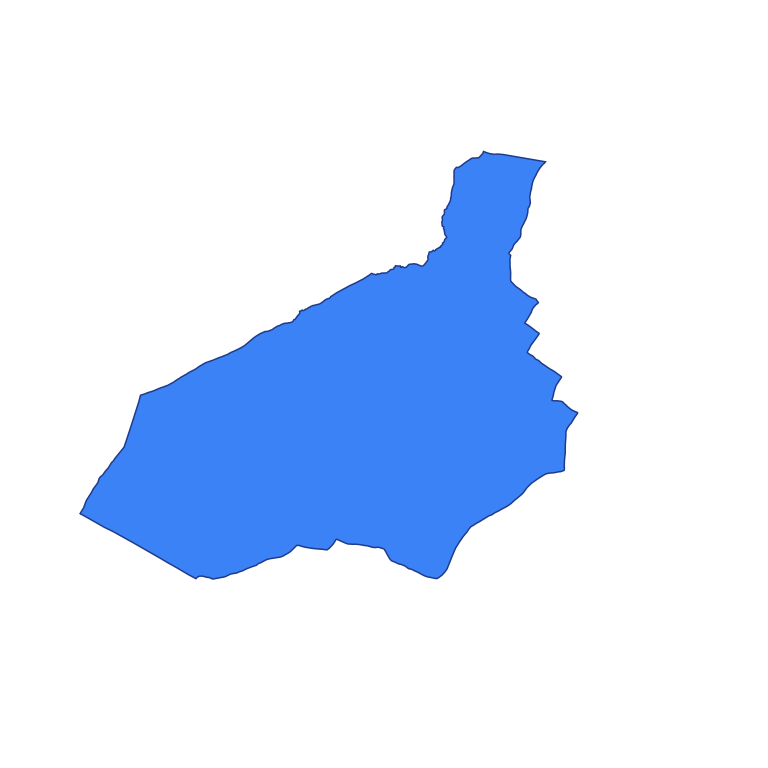 Siha, Kilimanjaro, United Republic of Tanzania (Mercator projection), rotated 213°
{"feature_id": "72390352B52159147893976", "entity_name": "Siha", "entity_type": "district", "adm_level": 2, "iso_a3": "TZA", "parent_name": "United Republic of Tanzania", "parent_adm1": "Kilimanjaro", "projection": "mercator", "projection_center": [37.068, -3.108], "detail": "fine", "context": "isolated", "style": "filled", "palette": "blue", "viewbox_px": 768, "rotation_deg": 213, "n_neighbors": 0, "source": "geoboundaries", "source_scale": "gbopen_adm2", "svg_char_len": 6171}
<svg xmlns="http://www.w3.org/2000/svg" viewBox="0 0 768 768"><g transform="rotate(213 384 384)"><path d="M228.5,321.5L224.6,329.9L224.0,330.9L222.3,333.1L220.9,336.5L218.7,340.0L217.3,343.0L216.9,343.5L214.1,348.6L213.0,351.2L212.4,352.8L211.2,357.5L208.7,365.4L208.0,368.2L207.6,375.1L206.2,381.4L203.7,387.5L201.0,393.5L199.4,396.6L197.4,398.8L192.8,402.4L189.7,405.5L188.1,406.7L185.9,409.6L186.2,410.5L186.7,411.4L188.5,414.0L191.1,418.3L194.6,425.2L198.8,431.7L203.6,440.3L205.4,443.0L205.9,445.0L206.2,447.3L206.1,451.1L205.7,452.7L205.9,460.3L205.7,464.1L205.9,465.3L206.5,465.4L211.1,464.6L213.4,464.5L217.4,464.9L220.0,465.5L222.3,465.7L223.6,466.2L225.1,466.2L226.2,465.9L229.5,464.3L232.4,462.4L234.0,461.8L234.3,461.9L234.6,462.6L235.6,466.0L237.1,469.9L238.8,476.1L238.9,477.8L238.8,486.0L239.0,486.6L239.2,486.8L248.4,487.3L253.1,487.0L263.3,487.2L267.0,487.9L270.2,487.5L274.4,488.5L278.0,488.2L280.7,488.4L281.1,488.8L281.4,489.9L281.4,493.0L281.8,495.1L281.9,496.4L281.3,506.6L281.2,510.4L281.4,510.8L281.6,511.0L285.2,511.1L292.8,511.7L295.8,511.8L298.6,511.7L299.1,511.8L299.2,518.2L299.5,524.5L300.2,526.9L300.3,528.7L299.9,532.7L298.9,535.5L298.9,536.3L299.1,536.5L301.2,537.1L301.5,537.4L302.5,537.9L304.4,537.6L307.8,536.7L311.5,536.5L315.3,536.9L317.2,536.8L318.3,537.1L320.7,537.4L326.8,537.6L332.5,539.0L333.8,539.4L334.4,540.0L338.5,546.5L340.6,549.2L342.8,551.9L344.3,554.4L345.8,556.3L346.7,558.1L347.8,560.9L349.9,561.2L350.1,561.4L350.5,561.9L350.6,562.7L350.1,567.1L350.9,570.9L350.7,573.7L350.1,576.5L349.7,581.4L350.5,583.6L353.0,587.6L353.3,588.3L353.8,590.3L354.8,599.8L355.2,601.5L356.6,605.6L357.6,607.5L358.7,609.3L358.9,610.4L358.8,612.0L359.7,615.1L360.7,616.7L362.8,619.1L363.9,620.8L365.5,624.5L366.8,628.3L368.1,631.1L369.3,634.4L370.0,637.5L370.4,642.5L370.7,644.1L370.9,649.0L370.6,653.1L370.3,654.9L369.7,656.8L369.6,658.3L409.4,641.2L413.8,638.8L415.3,637.7L417.6,636.2L420.3,635.0L423.1,634.1L427.2,633.2L426.7,631.2L427.6,626.0L427.9,625.2L429.0,624.3L432.8,621.7L433.9,620.2L434.2,619.1L436.5,613.9L438.3,608.6L438.8,607.9L439.0,607.1L440.0,605.7L440.7,605.5L441.3,605.0L441.6,602.5L441.5,601.3L440.4,599.3L439.6,598.4L438.4,596.2L437.1,594.4L434.5,590.4L433.9,588.2L433.7,586.5L432.9,584.2L431.5,580.7L430.0,578.4L429.6,576.9L428.3,574.3L427.6,569.6L427.7,567.3L427.5,566.5L427.0,565.6L426.9,565.0L427.9,563.6L428.1,562.9L427.7,562.1L426.4,560.3L426.1,559.5L426.0,558.8L426.3,556.4L426.2,555.7L424.2,553.3L423.6,551.1L422.5,550.0L422.2,549.4L421.5,548.5L421.0,548.2L419.5,548.4L418.6,546.6L417.4,546.2L417.3,545.8L414.7,542.9L414.0,542.4L411.4,541.4L411.2,540.9L411.7,538.8L411.7,538.1L411.0,535.7L411.2,535.0L411.7,534.1L411.0,533.3L410.9,532.8L411.6,530.2L411.6,529.7L411.2,529.5L411.4,529.1L412.3,528.1L412.6,527.1L413.5,525.7L413.7,524.6L413.6,523.8L413.9,523.3L415.5,523.0L415.6,522.1L415.9,521.9L416.0,521.6L415.9,521.1L416.2,520.7L417.8,519.5L417.9,519.0L417.0,516.8L417.0,515.8L416.7,515.0L416.4,514.3L415.0,512.7L414.7,512.0L414.9,508.3L415.3,505.3L415.6,504.4L416.0,503.7L417.1,503.1L421.8,502.3L424.0,501.3L425.3,500.5L426.1,499.5L427.2,498.9L428.0,498.1L428.3,497.4L428.8,494.7L429.2,493.7L429.8,492.9L430.4,492.6L432.3,492.5L432.7,491.9L432.9,491.3L433.6,490.9L434.2,491.7L434.6,492.0L435.2,491.6L436.0,490.6L437.1,490.3L438.7,489.5L438.5,488.0L439.0,487.3L439.0,486.9L438.6,486.5L438.4,486.1L438.6,485.5L440.8,483.5L441.3,481.1L441.7,480.5L442.0,479.2L442.4,478.6L443.3,477.7L444.1,477.4L444.6,477.0L444.9,476.5L445.7,476.3L446.5,475.6L447.8,473.8L448.7,473.1L449.5,472.9L449.8,472.3L449.8,471.7L450.0,471.3L452.1,470.7L452.7,470.3L454.5,470.1L454.9,469.7L455.4,467.9L458.7,460.6L462.8,453.4L466.2,448.0L473.2,435.1L476.3,428.1L476.2,427.2L476.4,426.2L477.4,425.2L478.9,423.1L480.6,418.1L481.4,416.5L482.2,415.3L483.4,414.2L484.6,412.7L486.0,411.5L487.5,409.4L489.1,406.5L489.7,404.6L490.4,404.2L490.7,403.8L490.8,402.7L491.3,402.0L491.9,401.4L492.7,401.5L493.2,401.0L493.5,399.9L494.4,399.0L493.3,397.8L493.2,396.8L493.7,392.9L493.7,389.8L494.4,389.2L494.7,388.5L494.4,387.5L494.6,386.5L495.1,385.6L496.2,384.2L497.6,383.3L498.5,382.0L499.2,381.8L500.8,380.4L502.6,377.9L503.1,376.7L505.0,374.2L506.3,371.5L507.6,368.3L508.6,367.1L509.5,365.7L510.5,364.6L512.3,363.3L515.3,358.7L517.6,353.8L518.6,351.1L521.9,340.1L524.2,335.6L527.5,330.1L529.7,326.9L531.3,323.6L532.2,322.4L535.3,318.0L536.6,316.4L540.3,311.0L545.1,304.8L548.0,299.3L550.9,292.3L551.6,291.5L554.5,286.2L554.9,284.9L557.8,279.5L558.9,276.8L560.0,274.7L561.9,270.0L562.6,269.0L564.5,265.3L570.1,257.9L574.0,252.1L577.3,248.2L579.2,245.5L582.1,241.9L580.1,236.0L573.4,211.7L567.6,189.6L569.1,175.3L569.1,172.2L569.7,169.5L569.5,163.1L569.8,162.1L570.2,158.7L570.4,154.2L571.3,151.7L571.4,149.6L570.3,145.7L570.3,142.9L570.7,137.7L570.3,134.1L570.2,124.8L569.8,122.1L568.5,116.7L568.3,109.8L567.5,109.7L565.7,110.0L540.4,111.5L530.6,112.7L507.5,114.3L476.7,116.0L469.0,116.3L458.0,117.0L444.5,117.6L435.7,118.3L435.5,119.9L434.7,121.5L433.9,122.5L432.4,123.5L431.0,124.2L427.3,125.4L425.3,126.5L423.0,126.8L421.2,127.3L412.7,135.4L411.8,136.6L409.3,140.8L408.6,141.6L405.0,144.9L404.2,145.8L402.9,147.9L401.6,149.4L400.7,150.6L398.4,154.5L394.7,159.5L392.5,162.2L392.1,163.0L391.9,164.1L391.4,165.2L389.9,167.2L387.0,172.5L384.9,175.0L377.0,182.1L375.9,183.4L375.1,184.6L372.4,189.7L371.2,192.5L369.3,201.0L368.3,201.9L367.8,202.1L361.9,203.9L355.0,206.9L350.8,209.0L346.1,211.6L341.7,213.7L341.4,213.9L340.5,216.2L339.5,221.6L339.4,224.4L339.6,227.2L339.4,227.8L338.6,228.1L330.7,229.4L327.7,230.0L326.8,230.4L322.7,232.7L320.9,234.0L317.1,236.0L312.9,237.7L309.7,239.3L305.5,240.5L303.5,241.4L302.6,241.8L300.1,243.9L299.3,244.2L294.5,245.6L293.9,245.6L291.2,244.3L286.2,241.6L283.9,240.5L282.4,240.0L280.9,239.9L277.1,240.7L274.0,241.0L271.4,242.0L268.0,242.7L266.3,242.8L262.9,242.5L260.0,243.6L256.3,244.0L253.5,244.5L247.0,245.0L245.0,245.3L242.3,246.0L236.9,248.2L235.3,248.7L233.8,249.6L233.2,250.2L231.3,255.1L230.6,259.3L230.4,263.3L233.3,277.9L234.6,285.5L234.7,293.0L234.5,299.6L233.8,305.4L233.8,308.6L233.4,311.5L233.1,312.3L232.0,314.3L231.2,316.4L228.5,321.5Z" fill="#3b82f6" stroke="#1e3a8a" stroke-width="1.5"/></g></svg>